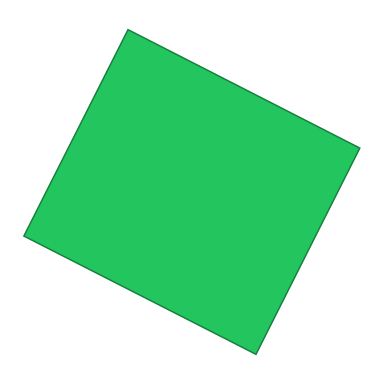 Motley, Texas, United States of America (Natural Earth projection), rotated 297°
{"feature_id": "52423323B8649342389596", "entity_name": "Motley", "entity_type": "district", "adm_level": 2, "iso_a3": "USA", "parent_name": "United States of America", "parent_adm1": "Texas", "projection": "natural_earth1", "projection_center": [-100.804, 34.074], "detail": "fine", "context": "isolated", "style": "filled", "palette": "green", "viewbox_px": 384, "rotation_deg": 297, "n_neighbors": 0, "source": "geoboundaries", "source_scale": "gbopen_adm2", "svg_char_len": 249}
<svg xmlns="http://www.w3.org/2000/svg" viewBox="0 0 384 384"><g transform="rotate(297 192 192)"><path d="M307.3,321.6L307.6,61.3L118.5,62.0L76.4,62.2L76.4,161.0L76.4,322.7L307.3,321.6Z" fill="#22c55e" stroke="#15803d" stroke-width="1.5"/></g></svg>